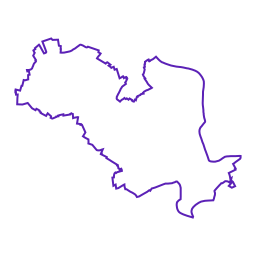 Phu Xuyen, Ha Noi, Vietnam
{"feature_id": "81297802B25831565259333", "entity_name": "Phu Xuyen", "entity_type": "district", "adm_level": 2, "iso_a3": "VNM", "parent_name": "Vietnam", "parent_adm1": "Ha Noi", "projection": "mercator", "projection_center": [105.908, 20.729], "detail": "fine", "context": "isolated", "style": "outline", "palette": "violet", "viewbox_px": 256, "rotation_deg": 0, "n_neighbors": 0, "source": "geoboundaries", "source_scale": "gbopen_adm2", "svg_char_len": 5744}
<svg xmlns="http://www.w3.org/2000/svg" viewBox="0 0 256 256"><path d="M240.6,156.0L239.5,155.9L238.1,156.0L236.1,156.1L231.3,156.1L228.7,156.3L226.9,156.4L225.8,156.6L224.9,156.8L222.4,158.4L220.9,159.5L218.9,160.7L215.0,161.7L213.8,161.7L212.5,161.6L210.7,161.4L209.6,161.0L208.9,160.4L208.0,157.6L207.5,156.1L205.7,151.2L205.1,149.7L203.4,144.3L202.4,142.0L201.9,140.4L201.2,138.3L200.6,136.8L199.8,134.3L199.6,133.4L199.5,132.4L199.4,131.2L199.6,129.6L200.1,128.3L200.6,127.3L201.4,126.5L203.8,123.4L204.7,122.4L205.1,121.8L205.1,121.0L204.8,119.7L204.2,117.7L203.7,114.7L203.7,113.6L203.5,112.7L203.4,111.3L203.4,110.1L203.1,107.4L202.8,105.0L202.7,103.0L203.0,94.7L203.0,91.8L203.7,87.1L203.9,83.6L203.8,81.3L203.3,79.7L202.2,77.4L200.9,75.5L199.2,73.4L198.3,72.6L197.1,71.7L195.2,70.7L192.3,69.6L188.4,68.5L186.9,68.3L183.3,67.5L181.0,67.1L176.4,66.6L173.4,66.0L171.0,65.5L168.0,64.5L165.4,63.6L162.6,62.4L162.1,62.3L161.0,61.6L159.5,60.4L157.9,58.8L156.0,56.7L153.3,58.9L152.9,59.2L150.4,60.4L150.1,60.6L150.1,60.9L149.9,61.0L149.5,61.2L149.3,60.7L148.9,60.9L148.6,60.3L148.8,60.0L148.6,59.5L147.9,59.8L146.8,60.5L145.2,61.7L145.0,61.8L145.0,62.2L145.1,63.1L144.8,63.4L144.8,63.8L144.9,64.5L144.5,64.7L144.5,65.4L144.9,66.8L143.9,67.4L144.7,69.5L143.8,73.1L143.6,73.6L143.4,74.1L142.9,74.5L143.5,76.0L143.9,76.6L145.0,78.1L145.2,78.3L144.6,78.7L147.0,82.2L147.5,83.2L148.0,84.0L149.1,85.2L151.9,87.8L151.5,88.1L148.6,89.5L147.7,90.0L146.5,90.3L144.2,91.6L143.9,91.8L143.4,92.5L143.1,92.7L143.4,93.1L143.6,93.6L141.0,94.1L140.5,94.5L140.4,95.0L137.6,96.1L137.7,96.8L136.8,97.0L135.9,100.2L135.0,99.6L133.9,101.6L133.2,101.5L131.9,100.6L132.1,100.0L129.6,98.5L128.5,99.7L126.8,98.4L125.9,99.1L125.7,99.1L124.4,98.0L123.5,98.9L122.1,99.6L121.0,100.5L120.0,101.6L118.5,100.4L117.1,99.4L116.7,98.7L116.7,97.8L116.8,97.4L116.8,96.8L117.0,96.4L117.6,95.3L118.0,94.3L118.6,93.4L119.8,91.0L120.3,90.0L120.5,89.3L121.5,87.8L122.0,86.9L122.2,86.7L122.5,86.4L125.9,83.9L125.2,82.4L125.8,81.9L125.9,81.5L126.5,80.4L126.7,79.7L127.1,79.0L126.6,78.8L126.3,78.6L126.3,78.1L126.8,77.6L126.3,77.0L124.8,77.4L123.9,78.1L123.1,76.3L122.7,76.4L121.5,77.3L119.6,78.3L118.3,74.1L116.7,69.0L114.6,69.7L113.7,66.8L112.7,67.2L111.8,67.6L111.4,67.8L111.3,67.5L108.7,65.7L110.4,64.7L107.4,62.3L107.0,62.4L106.4,62.7L105.7,63.6L97.0,58.4L97.5,57.5L98.2,56.6L98.9,55.7L99.5,55.2L100.6,53.5L98.4,52.3L98.7,50.4L87.9,46.7L87.6,47.0L87.2,47.3L86.7,47.4L86.2,47.3L85.6,47.1L82.9,45.5L81.1,44.8L80.6,44.7L80.0,44.8L79.5,45.1L78.8,45.7L77.5,46.6L75.0,48.5L73.1,49.5L71.7,50.6L69.8,51.4L67.5,51.9L64.1,52.6L61.9,52.7L60.6,52.6L60.9,49.1L60.6,49.0L60.8,46.1L58.9,45.7L58.0,39.7L52.5,39.9L51.2,38.5L46.8,40.0L42.4,41.5L45.4,49.4L45.9,50.9L46.2,51.5L46.2,52.2L46.1,52.5L45.7,52.7L45.0,53.1L44.0,53.4L43.2,52.0L39.5,45.3L39.0,44.7L34.9,48.2L35.3,49.1L33.4,50.4L34.1,52.0L34.7,52.8L33.2,55.7L35.9,60.0L35.4,60.4L35.9,61.5L35.2,62.3L34.3,63.2L34.2,63.4L34.0,63.6L33.5,64.7L33.1,65.9L32.4,67.4L32.1,68.4L30.9,69.4L30.2,69.7L28.6,70.0L27.0,70.0L27.3,71.4L28.9,71.2L29.6,74.7L28.1,75.1L28.1,75.4L28.2,79.4L25.1,80.3L23.7,80.0L22.3,85.8L21.5,85.8L20.1,90.6L15.6,89.5L15.4,90.4L15.8,90.9L15.9,91.9L15.4,91.9L15.4,92.3L15.9,92.3L16.0,94.6L17.7,94.5L17.4,98.1L17.2,104.3L22.5,104.5L27.7,103.0L32.1,108.3L35.5,110.2L36.4,108.8L38.4,109.8L39.6,110.6L39.5,111.5L40.9,112.4L40.7,113.0L42.3,113.9L46.1,115.9L47.7,113.3L51.1,116.3L51.0,117.2L51.0,117.4L50.7,117.8L52.0,118.5L52.6,118.5L56.2,117.0L56.2,116.6L58.3,116.3L58.1,115.6L60.0,115.0L63.3,114.3L63.3,114.5L63.4,115.6L70.1,114.5L70.1,114.0L71.4,113.3L72.1,113.9L72.8,114.0L73.1,118.1L74.0,117.8L75.0,117.6L77.7,117.1L78.1,117.2L78.0,117.9L77.8,118.9L77.0,123.6L79.3,123.9L80.8,124.1L80.6,124.9L82.0,124.9L84.1,129.5L85.4,132.4L83.0,136.3L83.9,136.8L84.1,137.1L86.4,138.4L88.4,139.4L88.5,141.5L88.5,142.4L88.4,143.5L92.3,144.8L96.3,149.6L96.8,150.1L97.6,150.3L98.3,150.4L99.9,150.3L101.8,149.6L102.8,149.3L101.8,151.7L101.1,153.2L101.6,153.4L101.0,154.2L106.8,157.1L106.4,158.1L109.6,160.0L111.9,161.5L117.6,165.0L117.2,165.6L118.0,166.0L118.4,168.3L119.5,168.8L119.6,169.7L120.6,169.0L121.2,168.7L121.6,169.4L121.7,169.7L121.9,170.9L118.3,171.9L117.3,172.1L116.1,173.0L115.4,172.5L114.6,173.3L114.3,174.0L114.0,175.2L113.9,177.4L112.4,177.6L113.4,185.8L115.6,184.6L116.2,188.6L118.3,188.1L123.7,184.8L124.4,184.5L124.5,186.4L125.3,189.2L126.4,189.2L128.9,190.8L130.3,191.7L132.4,192.7L134.8,194.2L135.6,194.9L136.3,195.9L136.9,197.0L139.0,196.5L143.3,194.0L147.2,191.8L149.3,190.2L150.2,190.8L151.7,188.5L152.9,188.2L155.2,187.5L163.4,184.3L165.4,183.6L167.9,183.6L172.1,183.2L173.2,182.7L174.9,182.2L175.9,181.6L176.9,181.5L177.9,182.4L179.4,184.1L180.0,185.2L180.7,187.9L180.7,196.5L180.6,199.2L178.6,200.5L177.0,202.3L176.7,204.1L176.7,205.3L177.0,207.7L177.3,208.9L177.9,210.3L178.6,211.5L179.4,212.3L180.4,213.0L181.6,213.6L183.3,214.4L186.9,215.7L192.2,217.3L192.8,217.5L193.1,216.6L192.7,215.7L192.0,214.0L191.5,212.1L191.5,211.0L191.8,209.7L192.1,208.8L193.3,207.1L195.6,204.9L198.7,202.8L201.1,201.6L204.9,200.8L207.7,200.6L213.3,200.3L213.9,198.7L214.2,197.3L214.6,195.9L214.8,195.4L215.0,194.0L215.0,193.5L215.0,193.0L214.9,192.6L214.6,191.8L214.5,191.1L214.5,190.8L214.9,190.3L216.8,188.1L218.9,185.8L219.9,184.7L220.2,184.5L221.3,183.2L222.4,183.2L223.3,182.6L225.2,181.2L226.2,181.2L227.0,181.3L227.7,181.4L229.4,182.4L230.1,181.3L231.7,182.6L228.8,185.9L231.8,187.7L235.1,186.2L233.7,183.4L233.0,182.0L232.5,181.5L231.2,180.5L230.9,180.3L231.2,179.3L231.5,177.9L230.3,178.7L229.9,176.3L229.6,175.1L229.3,174.2L228.8,173.0L230.2,172.3L235.5,169.7L235.0,168.9L235.6,168.5L234.2,166.0L233.1,163.9L234.2,163.2L235.5,162.1L240.1,158.8L240.4,158.3L240.6,157.3L240.6,156.0Z" fill="none" stroke="#5b21b6" stroke-width="2"/></svg>